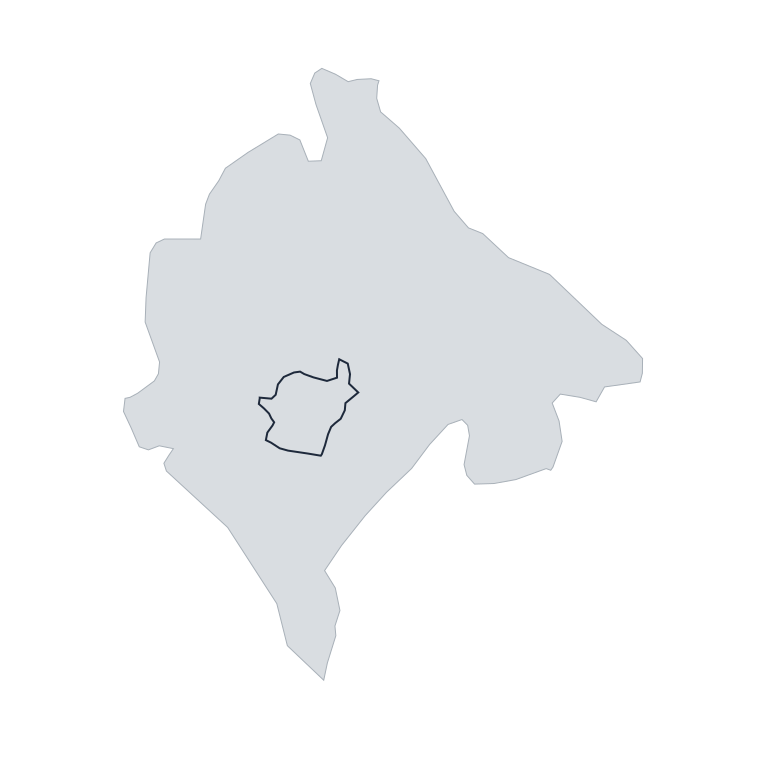 Danilovgrad highlighted on a map of Montenegro, rotated 9°
{"feature_id": "MNE-1511", "entity_name": "Danilovgrad", "entity_type": "Municipality", "adm_level": 1, "iso_a3": "MNE", "parent_name": "Montenegro", "parent_adm1": "", "projection": "mercator", "projection_center": [19.12, 42.623], "detail": "fine", "context": "in_parent", "style": "outline", "palette": "slate", "viewbox_px": 768, "rotation_deg": 9, "n_neighbors": 0, "source": "natural_earth", "source_scale": "10m", "svg_char_len": 1836}
<svg xmlns="http://www.w3.org/2000/svg" viewBox="0 0 768 768"><g transform="rotate(9 384 384)"><path d="M331.6,85.3L330.9,89.8L332.1,103.0L338.1,115.8L359.1,128.9L390.0,154.9L426.3,202.5L443.0,216.6L458.0,220.0L487.2,239.7L507.6,244.5L530.4,249.9L589.8,291.0L616.5,303.0L635.4,318.4L637.5,332.9L636.6,341.9L602.3,352.4L596.3,368.4L579.7,366.5L559.7,366.4L553.1,376.5L562.7,393.2L568.9,412.8L563.9,439.6L562.2,443.1L557.4,442.2L529.1,457.8L508.1,465.1L489.1,468.7L480.1,461.3L475.7,451.1L476.5,421.7L473.1,411.7L466.6,406.9L453.6,413.9L438.5,436.6L424.5,463.1L403.4,490.6L386.0,517.0L367.3,550.2L354.5,577.6L367.8,593.1L375.9,614.6L373.4,630.7L375.8,640.1L371.7,668.3L370.8,686.0L329.5,657.6L312.5,617.7L252.0,550.1L182.7,504.0L179.0,496.7L182.8,487.8L186.1,480.8L171.7,480.2L161.6,485.9L152.1,484.3L141.2,467.0L131.0,451.9L130.5,438.7L135.2,436.9L142.1,431.7L156.7,416.9L159.6,409.2L158.9,397.4L138.4,360.2L135.5,336.0L132.5,291.0L136.9,280.3L144.4,275.2L180.2,269.5L179.7,234.3L181.9,223.8L189.0,209.1L193.6,195.7L213.5,176.5L240.5,153.6L252.3,152.9L262.7,156.1L274.4,175.8L287.1,173.3L289.8,149.6L273.1,118.6L264.2,98.7L267.0,87.7L273.2,82.0L287.5,85.6L301.3,91.0L309.9,87.4L323.6,84.5L331.6,85.3Z" fill="#d9dde1" stroke="#a8b0b8" stroke-width="1"/><path d="M327.2,389.9L336.6,385.1L335.4,378.0L335.5,372.3L335.9,366.6L345.0,369.5L348.9,379.6L349.1,383.7L349.4,389.1L359.9,396.4L355.9,401.0L348.9,408.9L349.4,416.1L346.7,425.1L341.8,430.4L338.5,434.6L336.6,442.4L335.3,453.9L333.6,463.0L332.8,464.7L319.6,464.6L299.6,464.8L291.0,463.8L281.6,459.6L276.1,457.9L276.4,450.2L280.4,442.4L281.5,439.0L278.1,435.6L275.1,431.2L269.3,426.9L263.5,423.3L263.5,417.3L263.4,416.9L275.2,416.1L278.7,411.6L279.3,401.0L283.9,392.7L293.3,386.7L299.2,384.9L303.8,386.7L313.3,388.5L327.2,389.9Z" fill="none" stroke="#1e293b" stroke-width="2"/></g></svg>